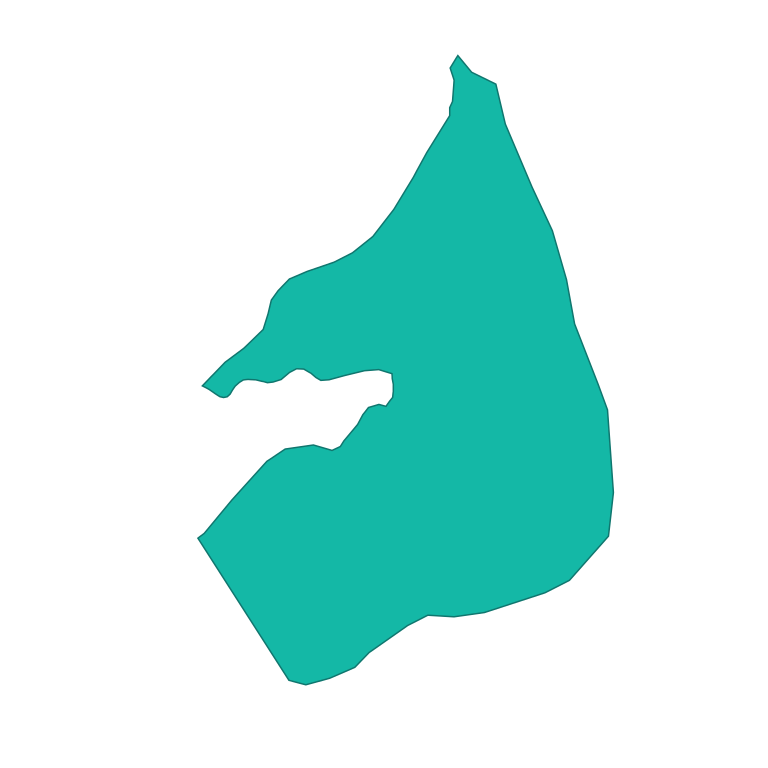 outline of Morne Citon, Dauphin, Saint Lucia, rotated 333°
{"feature_id": "8701671B41674368745419", "entity_name": "Morne Citon", "entity_type": "district", "adm_level": 2, "iso_a3": "LCA", "parent_name": "Saint Lucia", "parent_adm1": "Dauphin", "projection": "mercator", "projection_center": [-60.929, 14.031], "detail": "fine", "context": "isolated", "style": "filled", "palette": "teal", "viewbox_px": 768, "rotation_deg": 333, "n_neighbors": 0, "source": "geoboundaries", "source_scale": "gbopen_adm2", "svg_char_len": 1767}
<svg xmlns="http://www.w3.org/2000/svg" viewBox="0 0 768 768"><g transform="rotate(333 384 384)"><path d="M562.5,529.5L571.4,508.5L574.6,481.9L581.1,417.0L594.0,373.8L603.6,323.9L605.3,275.7L610.1,207.5L619.8,167.6L603.6,146.0L598.9,124.9L596.5,126.3L586.4,132.5L585.0,141.5L584.4,145.1L582.8,147.8L573.3,163.4L568.0,167.6L564.4,174.7L546.9,185.3L527.2,197.2L510.8,208.4L504.1,213.1L472.0,232.9L441.1,247.5L422.3,251.4L415.4,252.8L394.9,252.8L366.6,248.8L347.4,247.5L338.3,250.6L332.0,252.8L321.7,258.1L318.8,261.5L312.7,268.7L301.1,280.6L278.8,287.5L275.4,288.5L273.8,288.8L252.3,292.5L236.4,298.0L233.0,299.1L230.5,300.0L221.3,303.2L224.0,306.9L225.8,309.6L227.9,313.5L229.1,315.8L231.0,319.1L232.1,320.9L233.0,321.6L234.9,323.2L238.5,324.2L242.2,323.2L243.3,322.5L245.9,320.8L248.6,319.3L250.5,318.3L254.3,317.3L255.9,316.9L260.5,316.5L263.0,317.4L265.0,318.2L267.0,319.4L271.7,322.1L276.7,326.4L277.6,327.0L280.7,329.9L283.4,330.9L286.1,331.9L294.4,333.3L305.1,330.8L312.9,330.7L314.4,331.5L319.3,334.3L322.7,339.6L323.8,341.2L326.3,347.3L328.8,351.2L329.4,352.1L337.0,355.3L352.9,358.6L372.7,363.3L385.9,368.8L390.7,373.5L395.8,378.4L394.8,380.8L393.8,382.9L392.2,388.4L388.8,395.1L388.2,395.9L385.6,399.9L381.1,401.9L375.6,404.8L370.2,399.9L364.8,398.9L359.5,397.9L353.8,400.6L351.3,401.7L348.7,403.5L342.1,408.1L336.3,410.6L322.4,416.5L320.9,417.4L316.7,419.9L307.5,419.6L306.3,418.4L293.4,406.3L266.4,397.1L247.5,399.4L244.6,399.7L240.1,401.4L195.8,418.3L157.6,434.8L156.0,435.5L150.7,436.4L148.2,436.9L164.8,604.9L174.4,613.5L177.8,616.5L196.1,620.3L202.0,621.5L229.4,623.2L248.8,616.5L295.5,609.9L318.1,609.9L340.7,623.2L369.7,633.2L432.7,643.1L460.1,643.1L514.9,621.5L539.1,584.9L562.5,529.5Z" fill="#14b8a6" stroke="#0f766e" stroke-width="1.5"/></g></svg>